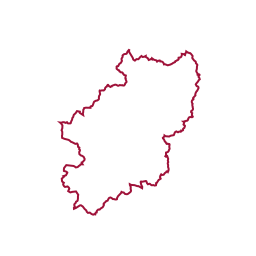 outline of Cho Don, Bắc Kạn, Vietnam, rotated 216°
{"feature_id": "81297802B41242908240864", "entity_name": "Cho Don", "entity_type": "district", "adm_level": 2, "iso_a3": "VNM", "parent_name": "Vietnam", "parent_adm1": "Bắc Kạn", "projection": "orthographic", "projection_center": [105.544, 22.187], "detail": "fine", "context": "isolated", "style": "outline", "palette": "rose", "viewbox_px": 256, "rotation_deg": 216, "n_neighbors": 0, "source": "geoboundaries", "source_scale": "gbopen_adm2", "svg_char_len": 5810}
<svg xmlns="http://www.w3.org/2000/svg" viewBox="0 0 256 256"><g transform="rotate(216 128 128)"><path d="M124.2,30.9L123.1,32.8L121.4,37.1L120.7,37.8L118.4,37.9L115.5,37.0L113.3,36.8L112.2,36.0L110.5,35.8L109.2,37.1L106.9,37.0L105.3,37.4L104.9,37.8L104.7,38.5L103.7,38.9L104.4,40.5L103.7,41.3L104.4,42.4L104.4,43.3L104.1,44.6L103.0,45.3L102.8,46.8L101.9,49.0L102.1,51.1L102.4,51.8L103.1,52.1L103.2,53.0L102.8,54.6L102.7,56.0L101.8,57.2L102.2,59.6L102.1,60.5L101.3,61.5L100.2,61.7L98.5,61.6L97.3,62.4L96.7,62.5L96.1,62.8L95.2,63.6L95.1,64.0L95.7,64.9L96.0,67.0L95.4,71.2L95.7,72.5L94.5,72.7L93.6,73.3L91.6,72.9L89.9,73.8L89.3,74.7L88.5,77.4L88.4,78.3L88.8,79.2L90.0,80.2L91.2,82.0L93.0,83.0L93.5,83.6L92.0,83.8L89.1,85.6L86.4,86.4L85.4,87.1L81.2,87.6L81.9,88.8L83.9,89.8L85.8,91.5L86.1,92.0L86.0,92.4L85.0,92.8L82.4,95.6L81.9,95.7L80.1,94.5L78.8,94.2L78.3,95.0L77.8,95.6L77.4,95.7L76.4,95.5L75.0,95.7L74.0,96.7L72.6,97.1L71.7,98.1L72.3,99.3L72.9,99.8L72.4,100.9L72.6,101.8L72.6,102.7L72.7,104.1L72.3,104.7L71.8,106.2L73.3,107.1L73.3,107.6L73.8,108.4L73.9,110.0L73.0,109.9L71.7,111.1L71.7,113.2L71.2,114.5L71.3,115.5L71.0,115.9L70.6,116.1L69.9,115.9L70.2,117.2L70.8,118.4L71.5,119.2L72.7,120.0L73.8,121.7L74.9,122.5L75.3,123.2L75.4,124.1L76.6,125.0L77.3,126.6L79.7,128.3L80.3,127.1L81.2,127.1L81.3,128.6L82.0,129.3L82.8,130.5L81.7,131.9L81.6,133.5L81.9,134.1L82.1,135.6L83.6,137.1L84.6,139.0L85.1,139.3L86.1,138.6L86.7,138.7L87.4,137.9L88.1,138.1L89.2,138.7L90.3,138.7L90.9,139.2L92.7,140.1L93.5,140.1L94.0,140.5L93.7,142.0L93.8,142.9L94.1,143.4L92.8,143.4L89.7,145.3L88.9,146.9L86.8,149.1L86.8,149.5L87.2,150.8L87.5,152.1L87.0,153.5L86.8,153.7L85.3,153.8L84.8,154.2L84.6,155.0L83.9,155.7L83.4,155.8L83.1,156.0L83.0,156.7L83.4,157.2L82.7,157.6L82.3,158.2L82.2,158.6L82.9,159.6L82.8,160.5L82.5,161.1L83.0,162.9L83.3,163.3L83.8,163.4L84.7,163.3L85.1,163.4L85.8,165.6L86.9,165.7L86.4,166.1L86.3,166.6L85.7,167.1L85.2,168.0L84.6,168.4L84.3,169.1L84.3,170.0L84.8,171.1L84.8,172.6L84.2,173.4L82.5,174.4L82.2,175.0L82.3,175.3L83.9,175.9L84.8,177.8L85.8,177.8L86.4,178.0L86.8,179.0L86.3,179.9L86.4,180.2L86.4,181.2L87.0,182.1L87.8,182.7L88.3,183.4L89.0,183.8L89.6,184.6L89.8,184.8L89.9,185.5L90.7,185.8L91.8,186.6L92.4,187.9L91.9,189.6L92.1,190.0L92.8,190.2L93.0,190.7L92.6,194.0L93.2,194.5L93.8,195.9L94.1,197.8L93.9,198.7L94.4,201.7L95.0,202.4L95.5,202.6L96.3,202.6L96.8,202.3L97.4,202.4L98.8,203.1L98.9,203.9L98.7,206.9L98.9,208.3L98.6,209.6L99.8,210.5L101.0,210.8L101.3,211.4L101.3,213.0L101.7,213.2L102.2,213.1L102.7,212.0L103.0,211.9L103.9,213.0L105.2,213.5L106.3,214.2L107.0,216.2L108.5,218.5L108.9,219.7L109.3,220.0L111.1,220.3L112.0,221.3L112.5,221.5L114.4,221.5L115.7,222.0L116.6,222.1L117.3,222.6L117.6,223.5L118.2,224.3L120.7,225.0L121.7,225.1L122.4,224.6L123.2,224.6L123.8,224.2L125.9,224.2L125.3,222.9L125.5,221.8L124.8,220.9L124.7,220.5L125.2,220.4L126.0,220.7L128.1,219.6L127.4,218.9L126.8,217.0L127.0,216.0L128.4,214.6L128.2,214.1L127.5,213.5L127.5,212.6L127.8,211.9L128.2,211.5L128.4,210.7L128.9,210.0L129.0,209.6L128.7,208.9L129.7,207.2L130.1,205.9L130.6,205.2L130.8,204.5L132.7,202.1L135.6,201.3L136.3,200.6L137.1,201.3L138.9,201.8L140.1,201.5L141.0,200.8L141.8,201.3L142.0,201.3L143.0,200.2L143.5,198.8L144.7,199.4L147.0,198.5L149.5,198.5L149.0,197.6L149.9,197.5L150.5,196.2L151.2,195.2L153.1,196.1L155.5,195.9L156.0,196.7L156.8,195.1L158.0,194.0L159.4,194.2L159.8,192.7L160.0,189.8L161.6,188.7L161.8,188.0L161.9,186.8L162.2,186.5L164.0,186.5L165.5,187.6L171.3,190.0L172.5,190.9L173.1,192.5L173.3,189.5L172.8,187.5L172.9,187.1L174.4,185.6L174.7,185.1L175.0,183.9L175.0,183.4L174.5,182.9L174.1,182.1L174.0,180.4L173.2,179.3L172.4,178.8L172.2,178.0L172.1,176.0L172.6,175.3L172.7,174.7L172.3,172.3L173.2,171.5L173.2,170.7L172.8,170.4L172.1,169.3L171.7,169.2L170.2,169.1L169.1,169.4L168.3,168.8L167.7,169.0L166.9,168.7L166.6,168.8L165.6,169.5L164.7,169.5L164.0,169.0L163.1,168.9L162.4,168.6L160.6,169.2L159.5,166.8L158.9,166.7L158.5,166.0L156.5,164.7L156.2,164.1L156.5,162.5L156.1,161.5L156.1,160.3L156.3,159.9L157.0,159.4L157.6,159.4L158.7,158.5L159.9,157.9L160.5,156.7L160.9,156.3L162.9,156.0L163.9,155.5L165.6,153.0L165.6,152.2L166.0,152.1L166.3,150.9L168.0,150.7L169.4,151.2L169.7,151.0L169.8,150.0L169.5,149.1L169.9,148.3L170.0,147.0L169.4,145.7L169.7,144.1L171.2,143.1L172.2,142.0L172.9,141.7L172.8,141.3L172.3,140.7L170.5,139.1L170.3,138.5L170.2,136.9L169.7,135.8L169.1,135.2L168.5,134.1L168.7,133.1L169.1,132.1L170.0,131.2L170.8,129.6L170.8,128.9L169.9,125.9L169.8,124.9L169.9,124.6L170.6,124.1L170.9,123.3L170.2,122.3L174.0,119.7L175.2,118.4L174.9,117.7L174.9,116.6L173.4,114.2L173.1,113.2L171.9,112.1L175.8,111.9L176.3,112.1L176.6,112.9L179.2,111.7L179.1,109.2L179.6,106.8L178.8,104.6L178.9,103.4L178.1,101.8L177.9,100.2L177.2,98.2L177.4,97.8L179.2,96.5L180.0,96.4L180.8,96.8L181.6,95.4L183.2,95.1L184.4,94.1L185.0,93.1L186.1,92.5L184.9,92.4L182.6,91.6L181.0,89.2L180.4,87.1L179.5,86.7L178.8,86.1L177.2,83.9L176.9,83.0L175.5,81.3L173.0,81.9L169.0,83.5L167.2,83.5L166.0,83.3L164.8,83.7L161.4,84.2L160.9,84.5L160.2,85.5L159.0,85.2L157.3,83.4L156.0,83.6L155.7,83.5L155.2,82.2L153.9,81.9L153.5,81.1L153.4,79.9L152.0,78.3L150.0,78.1L148.8,78.5L147.0,78.6L144.9,77.5L144.4,76.5L144.7,73.8L145.2,72.9L144.1,72.2L143.4,71.9L145.0,70.7L145.0,69.4L145.5,68.4L145.6,67.3L146.1,66.4L147.1,65.4L148.5,65.5L149.7,65.3L156.1,61.7L156.2,58.1L155.6,56.9L154.6,55.6L152.7,56.3L151.1,56.4L150.8,56.2L150.4,53.3L152.0,51.1L151.2,50.9L151.8,48.1L150.1,46.2L149.3,45.9L147.7,46.0L147.5,44.5L146.8,43.9L145.4,43.3L144.3,43.3L142.5,45.2L140.8,45.0L139.8,44.4L139.3,41.8L138.6,41.8L136.8,42.0L135.5,43.6L132.8,46.1L129.0,44.7L128.4,43.4L127.1,41.6L126.1,39.7L126.1,39.1L126.7,37.9L126.3,36.5L126.6,35.2L126.4,34.4L126.0,33.9L124.9,33.2L124.9,31.7L124.2,30.9Z" fill="none" stroke="#9f1239" stroke-width="2"/></g></svg>